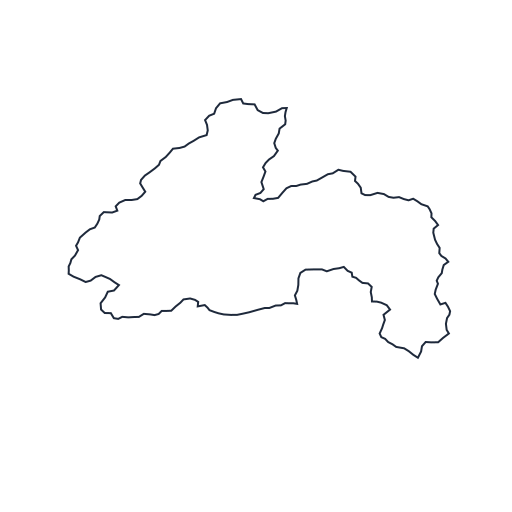 Cotia, São Paulo, Brazil, rotated 68°
{"feature_id": "56859067B86024623028982", "entity_name": "Cotia", "entity_type": "district", "adm_level": 2, "iso_a3": "BRA", "parent_name": "Brazil", "parent_adm1": "São Paulo", "projection": "equal_earth", "projection_center": [-46.953, -23.683], "detail": "fine", "context": "isolated", "style": "outline", "palette": "slate", "viewbox_px": 512, "rotation_deg": 68, "n_neighbors": 0, "source": "geoboundaries", "source_scale": "gbopen_adm2", "svg_char_len": 3218}
<svg xmlns="http://www.w3.org/2000/svg" viewBox="0 0 512 512"><g transform="rotate(68 256 256)"><path d="M333.4,79.9L329.3,81.2L325.4,84.1L322.0,85.0L317.3,82.7L312.7,83.6L308.0,83.9L300.8,82.9L297.2,81.0L295.5,75.6L290.7,76.8L285.8,78.9L282.2,77.3L277.6,77.5L274.3,78.2L269.9,83.3L265.7,85.9L261.8,88.8L261.5,93.7L258.6,97.6L255.0,101.3L253.5,106.7L250.9,110.9L246.5,114.2L243.0,119.7L242.4,127.2L240.4,132.0L237.4,134.7L231.9,133.3L227.2,134.4L223.5,136.1L219.7,134.0L213.3,136.8L209.7,143.4L206.9,147.3L208.1,153.9L207.1,158.7L208.0,165.3L208.8,171.4L208.0,175.8L208.2,181.7L206.5,187.9L206.2,192.3L204.3,197.2L204.6,202.4L207.2,207.7L210.4,213.7L209.3,218.9L207.4,223.8L208.0,228.7L204.8,231.1L201.5,236.2L199.1,233.5L199.2,228.3L196.9,223.8L189.5,223.3L185.1,219.1L181.2,215.6L176.4,216.3L173.4,212.3L171.4,207.8L170.1,202.0L166.5,196.3L163.2,197.2L158.2,196.8L154.7,193.7L150.9,189.0L146.7,186.4L144.8,179.6L141.6,177.8L137.1,176.8L133.6,174.7L130.3,172.1L128.7,176.5L129.6,183.4L128.2,191.2L126.0,196.0L121.4,199.8L114.9,200.5L112.2,206.4L109.8,210.7L104.9,211.1L102.6,218.9L102.4,225.1L101.0,232.1L104.0,237.7L108.4,241.5L108.4,246.9L110.9,252.3L116.1,252.3L121.5,253.7L125.4,256.5L124.7,264.3L125.9,270.9L126.5,276.0L127.8,281.2L127.2,286.4L125.4,292.8L127.8,297.2L130.4,302.6L132.1,309.0L135.1,311.8L136.9,317.0L138.6,323.5L139.8,328.9L142.4,334.1L145.3,336.2L149.8,335.5L154.9,334.6L157.4,339.5L158.8,344.7L157.5,350.3L155.1,356.3L155.3,362.8L157.4,367.5L162.0,367.6L161.8,373.1L158.3,380.7L160.4,385.9L163.5,387.7L166.6,391.0L169.2,394.8L169.0,400.0L170.4,405.1L173.0,412.4L176.7,415.9L179.1,419.0L183.9,418.8L187.8,423.7L189.9,428.4L193.0,430.8L195.5,433.6L199.3,435.0L202.3,436.4L206.8,432.9L211.8,427.7L216.3,423.7L216.9,418.5L215.3,412.6L215.9,406.6L219.3,403.2L222.6,400.0L227.4,397.0L231.6,394.0L234.8,400.6L233.6,406.8L237.9,411.4L241.6,417.8L247.6,419.7L252.2,417.6L254.6,412.0L260.4,411.1L262.7,407.3L262.3,402.8L265.1,397.3L266.8,392.2L268.6,387.4L267.6,381.7L270.5,376.0L272.8,372.2L273.3,368.0L271.6,364.0L273.6,359.0L275.0,355.1L272.7,349.4L271.0,343.7L269.1,339.5L270.7,333.0L273.8,329.0L276.9,326.8L280.9,328.9L282.3,321.9L285.7,320.3L288.8,319.4L292.3,315.6L295.1,312.2L298.1,307.8L301.2,301.4L303.5,295.5L304.5,290.1L305.6,283.5L306.6,274.2L307.5,267.3L309.2,263.1L309.3,256.3L311.1,251.4L310.6,246.7L312.2,243.1L313.8,239.1L315.8,235.8L311.7,235.1L307.1,234.7L303.7,230.7L298.7,227.6L292.6,225.0L288.3,221.2L287.2,215.2L290.2,207.1L293.1,199.9L296.7,196.1L297.1,189.0L298.5,183.4L299.0,178.7L304.1,176.6L307.3,173.5L311.3,174.4L313.7,171.4L317.1,169.7L320.8,167.4L323.4,162.4L328.0,160.3L332.4,163.1L337.7,164.1L341.6,165.5L343.6,161.0L346.1,157.5L350.6,153.2L355.9,151.8L358.3,159.8L363.6,160.5L367.3,163.8L370.1,166.1L374.2,170.4L378.2,170.2L381.2,167.3L385.3,165.7L389.0,162.5L392.8,160.1L397.1,153.2L401.5,150.0L406.5,147.2L411.0,144.0L406.4,138.7L401.8,135.9L399.3,130.9L401.8,125.7L404.2,119.4L402.0,113.2L400.1,106.2L395.9,106.9L390.0,105.3L385.1,102.1L382.9,98.7L379.9,96.7L374.9,97.0L370.4,97.9L370.0,103.2L363.5,104.1L358.2,104.5L354.5,102.0L349.9,97.7L346.6,97.7L344.0,94.9L341.5,90.2L338.4,88.3L334.7,85.3L333.4,79.9Z" fill="none" stroke="#1e293b" stroke-width="2"/></g></svg>